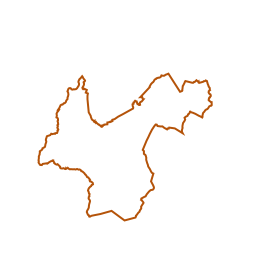 the district of Atzacan, Veracruz, Mexico, rotated 226°
{"feature_id": "50627088B93349532153304", "entity_name": "Atzacan", "entity_type": "district", "adm_level": 2, "iso_a3": "MEX", "parent_name": "Mexico", "parent_adm1": "Veracruz", "projection": "natural_earth1", "projection_center": [-97.077, 18.934], "detail": "fine", "context": "isolated", "style": "outline", "palette": "amber", "viewbox_px": 256, "rotation_deg": 226, "n_neighbors": 0, "source": "geoboundaries", "source_scale": "gbopen_adm2", "svg_char_len": 5785}
<svg xmlns="http://www.w3.org/2000/svg" viewBox="0 0 256 256"><g transform="rotate(226 128 128)"><path d="M181.9,82.1L180.7,81.5L179.2,80.4L179.3,79.7L178.8,79.0L178.2,79.0L177.6,78.3L177.5,77.6L176.9,77.2L175.8,77.0L175.2,76.7L175.1,76.0L175.2,75.6L174.7,75.4L173.7,73.6L174.8,72.0L174.5,71.6L175.7,70.2L176.1,69.4L177.2,68.8L176.9,67.2L177.4,66.0L177.8,65.3L178.4,63.9L177.6,62.5L176.9,61.1L176.2,60.4L175.2,60.0L174.5,59.1L173.7,57.4L172.5,55.8L172.1,54.9L172.8,52.3L172.2,51.6L172.1,50.2L172.4,49.4L172.5,48.4L172.1,47.9L171.7,47.8L171.0,46.7L170.4,46.1L169.5,44.1L168.2,42.9L167.6,42.1L166.8,41.1L166.2,40.9L165.3,39.7L164.6,39.5L163.6,39.4L162.9,39.1L162.1,39.4L161.2,40.3L161.4,41.3L161.4,41.7L159.2,44.8L159.2,44.7L158.5,45.0L158.2,46.3L158.2,47.3L157.6,49.6L156.7,50.9L157.0,51.3L156.6,51.7L156.1,51.2L155.6,51.2L153.8,50.8L153.8,50.6L152.6,50.7L151.3,51.2L150.8,51.8L150.8,52.2L147.3,52.3L146.9,51.8L146.4,51.6L145.8,51.6L145.2,52.0L144.5,52.6L143.8,53.8L142.6,54.1L142.0,54.4L141.7,54.8L142.1,55.5L141.9,55.5L140.8,56.8L140.9,57.0L139.7,57.1L138.6,57.5L138.2,58.2L136.4,59.8L135.7,60.7L134.5,61.5L133.9,62.9L132.4,63.5L131.9,64.3L130.9,64.7L130.2,64.7L129.4,64.4L128.5,65.0L125.6,65.2L124.4,64.9L123.9,65.1L121.9,64.8L121.2,64.5L120.8,64.6L120.0,65.1L119.0,64.9L118.0,64.9L117.5,64.5L117.1,64.6L116.8,63.9L115.9,63.6L114.9,64.3L113.0,64.5L111.8,63.7L112.0,62.7L112.2,62.4L112.2,61.9L111.8,61.1L112.0,60.1L111.9,58.2L111.5,57.0L110.7,55.7L109.5,55.4L108.1,54.5L107.2,54.5L106.5,53.4L105.6,52.7L105.6,51.8L104.5,50.6L102.5,50.3L101.8,49.9L100.8,48.4L100.7,48.0L99.4,46.1L98.0,44.5L97.5,43.4L97.2,42.3L96.8,41.0L96.2,40.0L93.4,38.9L92.3,39.2L91.8,38.8L91.1,38.6L90.6,39.2L90.3,40.6L89.5,41.9L85.3,48.4L79.8,58.6L63.9,61.3L58.4,71.2L59.1,72.8L59.4,72.9L59.4,73.9L59.9,76.6L59.8,78.1L60.5,79.3L60.7,80.7L61.0,81.7L62.3,82.8L63.0,85.5L63.1,86.4L63.4,87.2L63.9,87.4L65.9,87.6L66.8,87.6L67.2,87.5L67.4,88.2L68.0,88.6L67.1,92.0L66.6,93.2L67.3,95.3L67.7,98.9L67.6,101.1L66.4,102.9L66.4,103.4L66.5,104.3L66.8,104.9L67.4,105.5L69.4,106.3L73.6,107.5L77.6,114.6L78.9,114.1L80.6,114.3L83.2,115.2L86.3,115.8L87.7,116.7L89.4,117.4L92.1,118.8L92.7,119.2L93.9,120.5L96.1,121.7L96.9,121.8L97.7,121.5L98.4,121.5L100.3,123.4L102.0,123.4L106.0,132.6L107.3,136.3L108.6,139.6L110.1,144.0L111.0,147.9L111.3,150.3L110.5,151.0L108.9,150.6L106.4,152.6L105.2,153.9L102.9,154.2L99.9,155.1L100.2,156.1L99.3,156.8L99.7,157.9L95.2,161.4L86.3,163.7L87.3,164.0L88.4,164.6L89.3,165.8L90.2,167.4L90.7,167.6L91.7,168.7L93.3,171.0L93.9,173.8L94.4,175.0L96.1,175.8L96.0,177.4L95.4,179.2L95.6,179.8L96.0,180.4L96.1,181.1L95.9,181.2L95.9,182.1L96.3,183.4L96.7,183.9L96.4,184.3L95.7,184.2L94.0,185.2L91.4,186.3L87.4,187.5L86.3,188.0L84.0,188.7L84.2,189.3L85.4,190.4L85.7,191.1L86.3,191.8L86.7,192.7L86.7,194.1L87.1,195.9L86.9,197.4L86.5,198.1L86.5,199.1L87.1,201.5L86.6,203.0L86.2,203.4L86.3,204.1L86.5,204.3L88.5,206.1L88.9,205.7L89.2,205.6L89.9,205.6L90.7,205.4L91.7,205.4L91.7,205.6L92.4,205.8L93.0,206.7L93.1,207.9L93.4,207.9L93.4,209.5L93.6,209.9L94.5,210.5L94.9,210.6L95.0,210.4L96.3,210.3L97.6,210.7L98.4,211.7L98.3,213.2L98.6,213.2L98.9,213.6L100.0,214.6L101.7,214.8L103.0,215.5L103.8,215.7L107.0,217.4L108.2,216.9L108.1,216.4L108.8,215.1L109.0,215.0L109.0,214.3L110.1,212.2L110.4,211.6L111.1,211.0L111.1,210.5L111.5,210.4L111.8,210.7L112.4,211.1L112.4,210.6L114.8,210.4L114.8,207.8L115.3,207.4L115.3,206.2L116.0,205.6L121.9,201.9L121.6,200.7L121.3,200.3L121.2,200.0L120.1,196.8L120.1,196.5L118.1,194.1L117.9,193.7L117.2,193.1L117.1,192.5L117.9,190.6L139.0,194.8L139.3,194.1L139.6,193.2L139.8,192.9L140.2,192.0L140.4,190.5L141.3,189.4L142.6,188.6L142.0,186.8L142.4,185.6L143.2,184.7L143.2,184.4L143.9,183.2L143.8,182.6L144.0,182.4L143.9,181.9L144.3,180.9L144.2,180.4L143.8,179.3L143.5,177.9L143.7,177.4L143.6,175.0L142.8,172.3L142.3,172.1L141.6,158.3L140.4,159.7L139.8,159.5L139.1,158.9L138.3,158.9L137.9,159.2L137.6,156.6L137.6,156.0L138.0,155.3L138.0,154.3L137.4,153.5L136.3,152.8L136.5,152.3L136.8,152.0L137.2,151.8L137.5,152.0L138.5,152.0L138.7,151.5L139.8,151.9L139.8,152.0L141.1,152.7L141.5,152.4L142.5,152.1L142.3,151.5L142.6,151.3L142.5,151.0L142.2,150.2L142.5,149.6L142.1,149.0L141.6,148.8L141.9,147.7L140.3,146.5L139.3,146.2L138.5,145.2L141.6,133.6L143.0,128.8L143.7,124.5L144.8,122.4L144.5,122.0L143.8,121.6L144.3,120.1L144.6,120.3L145.0,119.4L144.9,119.3L145.2,118.6L145.3,118.6L145.8,117.6L146.3,117.0L145.0,115.7L146.9,113.4L146.7,113.1L147.7,111.3L146.9,111.0L147.0,110.0L147.5,109.7L149.5,109.7L149.8,109.5L150.4,109.5L150.6,109.3L151.1,109.4L151.4,109.1L153.6,109.0L153.8,108.5L154.5,108.9L154.8,108.4L155.3,108.1L155.6,108.1L155.6,108.3L155.8,108.1L156.1,108.3L155.9,108.6L156.2,108.8L156.4,108.6L156.5,108.8L156.7,108.4L156.9,108.6L158.2,108.0L159.4,108.0L161.6,108.9L162.6,109.6L166.5,110.6L176.8,118.8L179.3,121.2L180.7,123.1L182.8,122.2L183.1,122.8L183.3,123.5L184.0,124.8L186.4,123.9L186.2,123.6L186.3,123.4L187.0,122.9L187.1,122.7L187.7,122.7L187.8,123.2L188.7,123.3L189.3,125.4L189.8,126.5L190.6,127.3L191.3,127.5L191.8,127.9L191.8,128.3L191.6,128.9L191.8,129.9L192.0,130.1L194.9,130.4L196.3,130.9L197.1,131.0L196.8,128.7L196.7,128.0L196.9,127.5L196.8,126.8L196.0,124.8L195.4,124.2L194.1,123.7L193.3,123.0L192.7,121.9L192.6,121.4L192.5,120.9L192.0,119.0L192.0,118.2L192.1,117.6L192.9,116.4L193.8,115.6L194.0,114.9L195.0,114.2L196.3,114.4L196.9,114.1L197.5,113.3L197.6,112.5L196.5,110.1L196.3,109.8L195.3,109.7L193.5,108.4L192.4,106.8L192.1,105.9L190.8,104.5L190.8,103.8L190.6,102.6L189.9,101.4L189.8,100.1L189.9,99.5L190.3,99.2L190.4,98.9L190.3,97.2L191.0,96.4L191.2,95.3L190.1,92.5L189.7,90.4L189.0,90.9L188.7,89.6L189.1,89.3L188.6,88.5L188.1,86.9L187.8,86.4L186.5,85.6L185.3,83.9L184.3,84.3L183.1,83.9L182.0,82.8L181.9,82.1Z" fill="none" stroke="#b45309" stroke-width="2"/></g></svg>